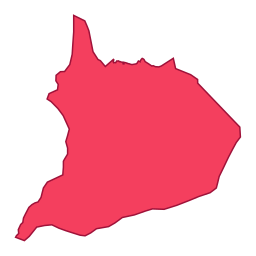 Isokan, Osun, Nigeria (Mercator projection)
{"feature_id": "59680162B6205124943279", "entity_name": "Isokan", "entity_type": "district", "adm_level": 2, "iso_a3": "NGA", "parent_name": "Nigeria", "parent_adm1": "Osun", "projection": "mercator", "projection_center": [4.166, 7.3], "detail": "fine", "context": "isolated", "style": "filled", "palette": "rose", "viewbox_px": 256, "rotation_deg": 0, "n_neighbors": 0, "source": "geoboundaries", "source_scale": "gbopen_adm2", "svg_char_len": 1564}
<svg xmlns="http://www.w3.org/2000/svg" viewBox="0 0 256 256"><path d="M15.6,237.3L24.4,240.6L29.3,236.3L36.7,227.1L44.6,225.5L51.9,224.8L59.0,228.2L65.9,230.7L73.4,233.1L80.1,235.2L85.1,235.8L90.7,232.9L96.5,228.7L108.6,226.6L115.0,222.9L122.3,217.5L134.4,214.9L145.5,211.0L152.4,208.9L164.1,209.3L176.8,205.3L189.4,200.4L198.8,196.5L210.1,192.7L216.3,188.0L217.5,183.4L219.2,176.4L223.1,168.4L228.4,157.3L232.4,149.6L236.2,142.6L236.4,142.3L240.4,137.0L239.8,127.1L197.7,83.2L197.6,79.5L190.7,74.7L175.6,68.6L173.3,58.3L161.3,66.0L158.8,66.9L155.4,66.7L153.2,65.7L151.8,66.0L148.7,63.9L145.1,61.6L144.0,59.5L142.9,58.7L142.2,58.4L141.2,59.4L140.1,61.3L140.1,61.7L138.4,61.0L137.6,62.3L137.0,63.3L136.0,63.9L131.9,64.6L130.0,64.1L129.6,63.9L127.2,63.4L127.2,63.2L125.6,62.7L123.8,62.3L123.8,62.8L124.0,63.8L123.2,63.9L123.1,63.4L122.6,62.2L121.4,62.1L119.8,61.5L119.3,61.7L118.6,60.9L117.7,61.1L116.9,60.9L116.6,61.1L115.7,62.7L114.7,62.5L113.8,62.8L113.2,61.9L113.8,59.8L113.4,59.4L105.3,66.5L100.4,60.7L98.0,59.5L93.0,51.7L88.9,30.9L87.2,26.5L84.8,20.9L73.7,15.4L73.7,31.9L72.6,47.7L72.6,47.9L72.2,54.3L69.8,64.6L64.6,71.5L60.4,71.7L56.1,75.3L55.9,80.8L58.2,84.4L57.5,89.8L49.1,93.6L47.1,99.0L51.1,101.6L57.9,108.5L63.2,115.6L69.3,129.1L67.6,135.6L65.8,141.6L67.6,148.1L67.6,154.1L64.7,158.9L63.4,161.2L63.4,167.1L62.8,174.9L47.4,182.1L43.4,188.0L41.0,197.5L38.0,202.0L35.0,202.9L32.0,204.6L28.9,207.4L25.5,213.9L23.5,218.0L22.8,222.5L20.8,224.4L20.5,224.9L18.3,229.7L18.7,233.5L16.5,235.6L15.6,237.3Z" fill="#f43f5e" stroke="#9f1239" stroke-width="1.5"/></svg>